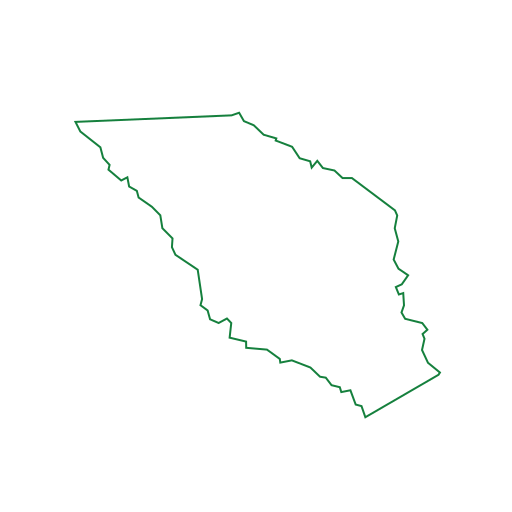 the district of Angelina, Texas, United States of America, rotated 191°
{"feature_id": "52423323B89498799122377", "entity_name": "Angelina", "entity_type": "district", "adm_level": 2, "iso_a3": "USA", "parent_name": "United States of America", "parent_adm1": "Texas", "projection": "robinson", "projection_center": [-94.635, 31.277], "detail": "fine", "context": "isolated", "style": "outline", "palette": "green", "viewbox_px": 512, "rotation_deg": 191, "n_neighbors": 0, "source": "geoboundaries", "source_scale": "gbopen_adm2", "svg_char_len": 1129}
<svg xmlns="http://www.w3.org/2000/svg" viewBox="0 0 512 512"><g transform="rotate(191 256 256)"><path d="M128.3,327.3L176.7,350.8L185.9,349.0L195.3,354.9L207.1,355.1L214.0,361.1L218.2,353.4L220.9,359.3L231.8,360.3L241.4,370.1L258.7,373.1L258.5,375.3L271.6,376.5L283.1,383.9L293.6,386.1L299.9,393.4L306.8,389.4L458.8,353.2L452.2,344.7L429.5,333.0L424.8,323.2L417.1,317.5L417.3,312.6L402.7,304.4L397.3,308.7L393.8,300.0L385.4,297.2L382.4,291.0L367.5,284.4L357.7,277.7L353.2,265.4L341.3,257.3L340.2,248.6L335.3,241.8L310.6,231.4L300.7,203.4L301.1,197.1L293.1,193.3L289.0,185.1L279.9,183.1L272.6,189.1L267.5,185.5L266.3,170.8L249.4,170.1L248.1,164.0L227.4,166.2L213.0,159.5L211.8,156.0L200.9,160.4L181.3,156.9L170.1,149.7L164.3,149.9L157.2,143.6L148.7,143.2L146.3,138.7L137.7,142.2L129.8,129.2L123.8,128.8L117.9,118.6L54.2,174.2L53.2,176.7L66.8,184.0L75.1,195.4L74.8,206.9L77.6,211.2L73.7,216.3L80.0,221.9L97.6,222.8L102.4,228.3L101.3,235.8L104.4,247.7L108.4,245.5L112.8,252.2L107.5,256.0L103.0,266.1L113.7,270.7L120.2,278.8L119.1,297.4L125.1,309.7L125.1,322.7L128.3,327.3Z" fill="none" stroke="#15803d" stroke-width="2"/></g></svg>